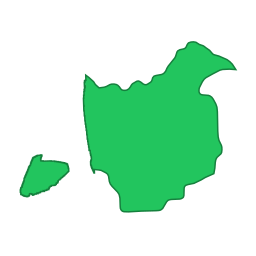 outline of Villa Hermosa, La Romana, Dominican Republic, rotated 88°
{"feature_id": "3306468B24610118168871", "entity_name": "Villa Hermosa", "entity_type": "district", "adm_level": 2, "iso_a3": "DOM", "parent_name": "Dominican Republic", "parent_adm1": "La Romana", "projection": "orthographic", "projection_center": [-69.03, 18.426], "detail": "fine", "context": "isolated", "style": "filled", "palette": "green", "viewbox_px": 256, "rotation_deg": 88, "n_neighbors": 0, "source": "geoboundaries", "source_scale": "gbopen_adm2", "svg_char_len": 5922}
<svg xmlns="http://www.w3.org/2000/svg" viewBox="0 0 256 256"><g transform="rotate(88 128 128)"><path d="M73.4,18.2L67.9,21.5L65.3,23.9L63.1,26.7L59.3,34.6L57.7,39.7L56.8,40.9L53.2,43.8L50.5,47.4L49.2,48.9L48.4,50.1L47.0,53.8L44.7,57.1L44.2,59.5L44.3,62.1L45.0,64.4L45.5,65.0L46.7,65.9L49.3,67.2L50.3,68.2L50.9,69.6L51.6,73.5L52.7,75.6L53.8,76.4L58.0,77.9L59.5,78.7L67.4,85.5L69.5,86.9L72.4,88.3L74.2,89.8L75.1,91.1L75.7,92.6L76.5,98.1L77.1,100.2L78.7,101.6L81.2,102.4L82.4,103.1L83.3,104.2L85.0,107.2L85.4,108.5L85.2,109.9L84.6,111.2L82.6,113.6L81.5,115.5L81.4,116.3L81.6,117.6L83.9,121.9L84.9,122.9L87.3,124.4L89.0,125.9L90.1,128.0L90.3,129.6L90.2,131.2L89.8,132.6L88.9,133.7L86.6,135.2L85.0,136.7L84.2,138.0L83.6,140.4L83.6,142.9L84.0,144.5L85.7,148.0L86.4,150.3L86.9,155.5L83.4,159.1L80.5,160.8L76.0,165.5L73.7,168.4L78.7,168.4L78.7,168.7L79.0,168.7L79.0,169.4L79.4,169.4L79.4,169.8L79.7,169.8L79.7,169.4L80.4,169.4L80.4,169.8L81.0,169.8L81.0,170.1L85.0,170.1L84.7,169.4L85.7,169.4L85.7,169.8L87.0,169.8L87.0,170.1L88.0,170.1L88.0,170.5L89.4,170.5L89.4,170.1L89.7,170.1L90.0,170.8L93.7,170.8L93.7,171.2L96.7,171.2L96.7,171.5L104.0,171.5L104.0,171.2L104.7,171.2L104.7,171.5L109.3,171.5L109.3,171.2L114.3,171.2L114.3,170.8L119.3,170.8L119.3,170.5L122.6,170.5L122.6,170.1L125.6,170.1L125.6,169.8L128.9,169.8L128.9,169.4L133.3,169.4L133.3,169.1L137.6,169.1L137.6,168.7L140.2,168.7L140.2,168.4L142.9,168.4L142.9,168.0L145.6,168.0L145.6,167.7L148.9,167.7L148.9,167.3L149.2,167.3L149.2,166.6L152.2,166.6L152.2,166.3L153.9,166.3L153.9,165.9L155.5,165.9L155.5,165.6L158.2,165.6L158.2,165.9L159.2,165.9L159.2,166.3L160.5,166.3L160.5,166.6L163.5,166.6L163.5,166.3L164.5,166.3L164.5,165.9L165.9,165.9L165.9,165.6L166.9,165.6L166.9,165.2L167.5,165.2L167.5,164.9L168.5,164.9L168.5,164.5L169.2,164.5L169.2,164.2L170.2,164.2L170.2,163.8L170.9,163.8L170.9,163.5L171.8,163.5L171.8,163.1L168.3,163.1L168.9,158.7L169.4,156.3L172.0,151.7L173.4,150.0L175.6,149.1L180.8,148.5L183.4,147.6L185.8,145.9L191.6,140.7L194.1,139.2L197.8,138.5L206.3,138.5L208.1,138.4L209.6,137.8L210.9,136.6L211.5,135.0L211.8,130.5L211.5,117.6L211.6,102.7L211.5,99.9L211.1,98.2L209.7,96.2L203.1,92.0L201.6,90.4L201.1,88.7L200.9,87.0L200.8,78.6L200.4,77.0L199.5,75.5L198.9,75.0L197.4,74.5L190.0,74.0L188.5,73.5L187.3,72.3L186.6,70.0L185.6,64.0L182.4,56.7L180.1,52.5L176.6,43.8L171.1,42.6L165.6,42.0L162.9,41.4L161.4,40.7L160.2,39.8L157.1,36.1L155.7,35.3L153.1,34.9L150.4,34.9L148.6,35.3L143.6,37.5L140.0,38.2L134.3,38.4L115.0,38.1L110.3,38.4L107.1,39.4L102.2,41.8L100.2,43.2L98.8,45.0L98.2,46.5L97.5,52.5L97.0,54.0L96.6,54.6L95.3,55.5L93.8,55.8L91.4,55.6L89.9,55.1L84.4,52.1L81.9,50.2L80.4,48.3L76.8,41.3L73.4,34.1L72.8,31.4L72.7,24.7L73.4,18.2ZM169.2,188.7L166.2,188.7L166.2,189.1L164.5,189.1L164.5,189.4L163.2,189.4L163.2,189.8L161.9,189.8L161.9,190.5L161.5,190.5L161.5,191.2L161.2,191.2L161.2,191.9L160.9,191.9L160.9,192.9L160.5,192.9L160.5,194.3L160.2,194.3L160.2,195.7L159.9,195.7L159.9,197.1L159.5,197.1L159.5,198.9L159.2,198.9L159.2,200.6L158.9,200.6L158.9,202.4L158.5,202.4L158.5,205.9L158.2,205.9L158.2,213.9L157.9,213.9L157.9,216.1L156.9,216.1L156.9,216.4L155.2,216.4L155.2,216.1L154.6,216.1L154.6,215.7L153.6,215.7L153.6,215.4L152.9,215.4L152.9,215.0L152.2,215.0L152.2,215.4L151.9,215.4L151.9,216.4L152.2,216.4L152.2,219.6L152.6,219.6L152.6,220.3L152.9,220.3L152.9,221.0L153.2,221.0L153.2,221.7L153.6,221.7L153.6,222.4L153.9,222.4L153.9,223.1L154.2,223.1L154.2,223.8L154.6,223.8L154.6,224.1L155.2,224.1L155.2,224.5L156.2,224.5L156.2,224.8L156.9,224.8L156.9,225.2L157.6,225.2L157.6,225.5L158.2,225.5L158.2,225.9L159.2,225.9L159.2,226.2L159.9,226.2L159.9,226.6L161.2,226.6L161.2,226.9L161.9,226.9L162.2,227.6L162.9,227.6L162.9,228.0L163.2,228.0L163.2,228.3L163.9,228.3L163.9,228.7L164.9,228.7L164.9,229.0L165.9,229.0L165.9,229.4L166.5,229.4L166.5,229.7L167.5,229.7L167.5,230.1L168.2,230.1L168.2,230.4L168.9,230.4L168.9,230.8L169.5,230.8L169.5,231.1L170.5,231.1L170.5,231.5L171.2,231.5L171.2,231.8L171.9,231.8L171.9,232.2L172.5,232.2L172.5,232.5L173.5,232.5L173.5,232.9L174.2,232.9L174.5,233.6L176.8,233.6L176.8,233.9L177.9,233.9L177.9,234.3L178.5,234.3L178.5,234.6L179.5,234.6L179.5,235.0L180.2,235.0L180.2,235.3L181.2,235.3L181.2,235.7L181.8,235.7L181.8,236.0L182.8,236.0L182.8,235.7L183.2,235.7L183.2,236.4L183.5,236.4L183.8,237.1L184.8,237.1L184.8,237.4L186.2,237.4L186.2,237.8L188.5,237.8L188.5,237.4L190.5,237.4L190.5,237.1L190.8,237.1L190.8,236.4L191.5,236.0L191.5,235.3L191.8,235.3L191.8,234.6L192.2,234.6L192.2,233.9L192.5,233.9L192.5,232.9L192.8,232.9L192.8,231.5L193.1,231.5L193.1,230.4L192.5,230.1L192.5,229.4L192.2,229.4L192.2,229.0L191.5,229.0L191.5,228.7L190.5,228.7L190.5,228.3L190.2,228.3L190.2,227.3L190.5,227.3L190.5,226.6L190.8,226.6L190.8,225.9L191.5,225.9L191.5,225.5L191.8,225.5L191.8,225.2L191.5,225.2L191.5,224.5L191.2,224.5L191.2,223.8L190.8,223.8L190.8,222.0L190.5,222.0L190.5,221.3L190.2,221.3L190.2,221.0L189.8,221.0L190.2,220.3L189.8,220.3L189.8,219.2L189.5,219.2L189.5,217.8L188.8,217.8L188.8,217.5L188.5,217.5L188.5,215.3L188.2,215.3L188.2,214.6L187.8,214.6L188.2,213.9L187.8,213.9L187.8,213.2L187.5,213.2L187.5,211.8L187.2,211.8L187.2,211.1L186.8,211.1L186.8,210.8L186.5,210.8L186.5,210.1L186.8,210.1L186.8,209.4L185.8,209.4L185.8,209.0L185.2,209.0L185.2,208.7L184.5,208.7L184.5,208.3L184.2,208.3L183.8,207.6L183.5,207.6L183.5,206.6L182.8,206.6L182.8,203.4L182.5,203.4L182.5,202.4L181.8,202.0L181.8,201.7L180.8,201.7L180.8,201.3L180.5,201.3L180.5,200.3L179.8,200.3L179.8,199.9L178.8,199.9L178.8,199.6L178.2,199.6L177.8,198.9L177.2,198.5L177.2,197.8L176.8,197.8L176.5,197.1L176.2,197.1L176.2,196.8L175.8,196.8L175.5,196.1L175.2,196.1L175.2,195.4L174.5,195.0L174.5,194.7L174.2,194.7L173.9,194.0L173.5,194.0L173.5,193.3L173.2,193.3L173.2,192.9L172.5,192.6L172.2,191.9L171.9,191.9L171.5,191.2L170.9,190.8L170.9,190.5L170.2,190.1L169.9,189.4L169.5,189.4L169.2,188.7Z" fill="#22c55e" stroke="#15803d" stroke-width="1.5"/></g></svg>